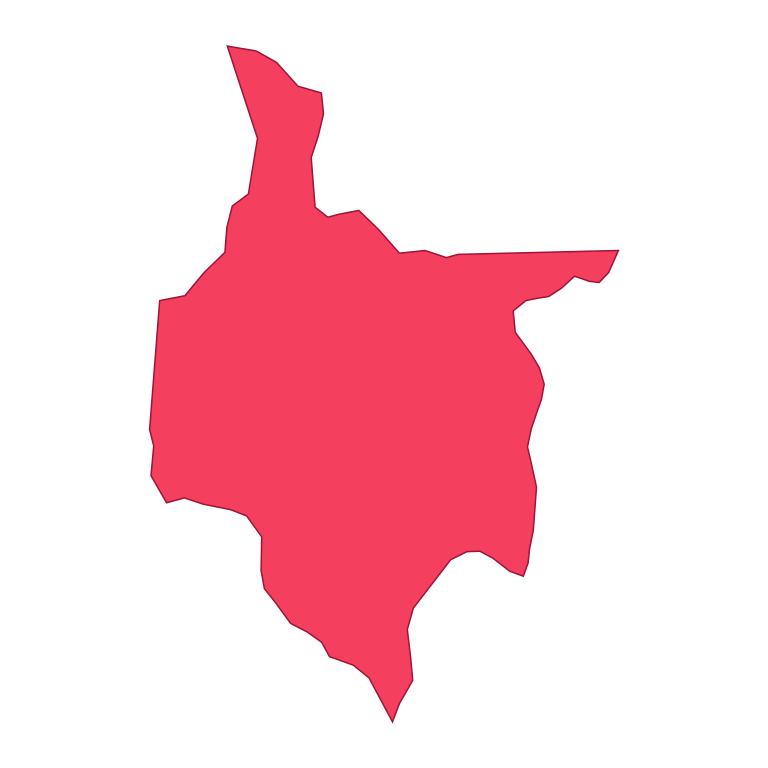 Nova Veneza, Goiás, Brazil (Natural Earth projection)
{"feature_id": "56859067B10589714904622", "entity_name": "Nova Veneza", "entity_type": "district", "adm_level": 2, "iso_a3": "BRA", "parent_name": "Brazil", "parent_adm1": "Goiás", "projection": "natural_earth1", "projection_center": [-49.299, -16.355], "detail": "fine", "context": "isolated", "style": "filled", "palette": "rose", "viewbox_px": 768, "rotation_deg": 0, "n_neighbors": 0, "source": "geoboundaries", "source_scale": "gbopen_adm2", "svg_char_len": 1075}
<svg xmlns="http://www.w3.org/2000/svg" viewBox="0 0 768 768"><path d="M392.5,721.9L399.4,703.6L412.7,680.4L410.6,657.1L407.3,629.5L413.3,608.2L450.6,559.8L466.8,551.7L479.9,551.2L492.8,558.1L509.8,571.3L523.3,576.2L528.1,563.0L529.6,548.6L533.3,530.5L536.5,487.2L531.7,465.2L527.5,446.8L531.3,428.7L537.7,409.9L541.5,399.2L544.2,384.2L539.4,367.9L531.3,354.2L515.2,332.2L513.2,310.9L525.9,300.6L537.7,298.2L548.7,296.5L561.6,288.1L574.5,276.2L589.3,281.3L599.1,282.5L608.7,272.5L618.4,250.5L458.0,254.4L446.4,257.6L425.0,250.5L399.4,253.2L379.0,230.0L358.8,210.4L339.7,214.1L327.8,217.2L315.1,207.2L311.2,157.6L318.3,135.8L323.5,113.8L321.4,93.0L297.9,86.2L276.6,62.5L256.3,51.0L227.3,46.1L257.5,138.3L248.4,194.0L232.3,206.0L226.9,227.3L224.9,252.4L204.1,272.5L184.9,295.7L159.7,300.6L149.6,429.5L153.7,445.9L151.0,475.7L166.6,502.8L184.3,497.9L203.0,504.1L230.7,509.7L246.7,516.0L261.7,536.8L261.1,570.6L264.4,588.7L276.0,603.3L290.6,623.4L307.0,631.9L321.6,642.2L329.5,656.6L353.4,665.2L369.0,677.9L392.5,721.9Z" fill="#f43f5e" stroke="#9f1239" stroke-width="1.5"/></svg>